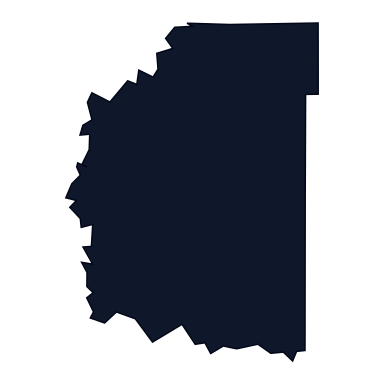 the district of Daviess, Indiana, United States of America
{"feature_id": "52423323B20266765570331", "entity_name": "Daviess", "entity_type": "district", "adm_level": 2, "iso_a3": "USA", "parent_name": "United States of America", "parent_adm1": "Indiana", "projection": "robinson", "projection_center": [-87.15, 38.698], "detail": "fine", "context": "isolated", "style": "filled", "palette": "ink", "viewbox_px": 384, "rotation_deg": 0, "n_neighbors": 0, "source": "geoboundaries", "source_scale": "gbopen_adm2", "svg_char_len": 853}
<svg xmlns="http://www.w3.org/2000/svg" viewBox="0 0 384 384"><path d="M187.0,23.2L192.5,26.3L174.7,27.3L165.6,38.4L172.8,48.4L156.8,53.3L158.0,69.2L153.0,77.1L138.8,70.1L136.8,84.4L127.7,80.8L109.9,102.0L91.9,92.8L87.4,102.3L92.0,119.8L82.9,125.3L80.0,135.1L89.7,134.2L89.2,149.6L82.0,164.3L87.1,167.0L77.7,162.9L76.7,167.0L80.3,175.2L71.8,183.8L65.8,197.8L76.4,200.5L69.8,207.3L80.3,218.6L81.2,227.4L92.7,224.4L91.4,246.4L83.0,247.0L92.6,264.1L81.6,262.3L87.0,272.4L86.9,286.6L93.2,292.7L86.7,297.8L93.5,311.9L90.3,318.0L104.6,323.0L116.4,312.0L135.3,318.8L152.5,342.1L182.0,324.3L195.2,344.3L204.9,342.8L210.7,353.5L223.3,346.0L236.6,348.8L257.9,344.2L270.8,353.3L283.3,352.1L292.6,361.0L296.6,351.4L305.0,350.5L305.2,201.8L305.6,94.4L318.2,94.2L318.2,67.8L318.1,23.0L229.7,24.5L187.0,23.2Z" fill="#0f172a" stroke="#020617" stroke-width="1.5"/></svg>